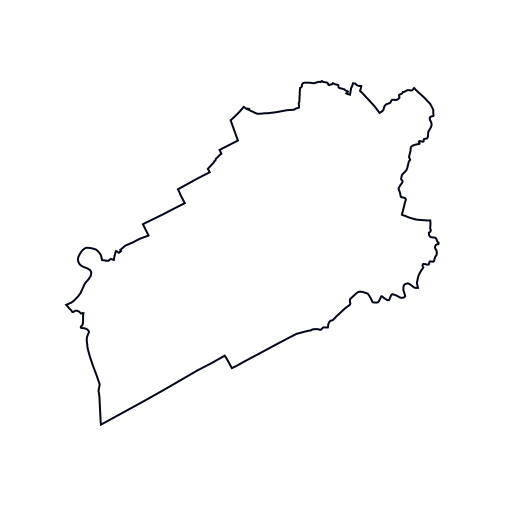 Ben Luc, Long An, Vietnam, rotated 281°
{"feature_id": "81297802B50864428315087", "entity_name": "Ben Luc", "entity_type": "district", "adm_level": 2, "iso_a3": "VNM", "parent_name": "Vietnam", "parent_adm1": "Long An", "projection": "orthographic", "projection_center": [106.476, 10.694], "detail": "fine", "context": "isolated", "style": "outline", "palette": "ink", "viewbox_px": 512, "rotation_deg": 281, "n_neighbors": 0, "source": "geoboundaries", "source_scale": "gbopen_adm2", "svg_char_len": 6096}
<svg xmlns="http://www.w3.org/2000/svg" viewBox="0 0 512 512"><g transform="rotate(281 256 256)"><path d="M304.5,168.3L301.7,170.1L294.3,176.0L285.1,164.2L279.7,157.5L268.1,142.1L265.6,138.9L255.6,146.6L250.5,138.3L246.0,132.7L241.1,125.6L236.0,121.6L235.2,122.6L233.0,120.8L234.2,117.7L232.5,117.3L227.5,117.1L225.0,117.2L225.3,114.3L225.1,113.6L223.1,112.0L222.9,110.5L222.6,105.7L226.0,104.2L227.3,103.5L228.7,102.2L230.8,99.5L231.9,97.3L232.2,93.4L232.2,91.9L232.0,90.0L231.7,87.9L231.2,87.0L230.5,86.3L229.1,85.0L226.8,83.6L222.9,82.2L220.8,81.8L218.8,81.8L217.5,82.2L215.9,83.0L214.3,84.4L213.2,86.1L212.3,89.0L211.8,92.2L211.3,93.9L210.7,95.4L209.3,97.0L208.6,97.3L207.5,97.6L205.8,97.6L204.4,97.4L201.3,96.1L197.2,93.7L195.5,93.0L190.0,91.8L185.8,90.7L182.5,89.1L177.8,86.1L175.2,83.9L171.8,79.0L170.0,81.4L168.8,82.8L167.4,85.0L166.1,86.2L166.0,86.5L165.9,87.0L166.1,87.3L167.6,88.8L167.9,89.3L168.0,89.8L168.0,91.4L167.8,92.5L167.6,93.0L166.9,94.0L166.2,95.3L166.4,95.8L166.8,96.6L167.0,97.5L163.5,97.7L162.2,98.1L159.4,98.6L156.3,98.9L155.2,98.8L154.5,98.5L153.6,97.8L152.9,97.5L152.6,97.6L152.1,98.0L152.0,98.7L152.2,99.7L152.3,101.3L152.2,102.8L151.9,103.7L151.1,105.4L150.5,106.0L150.1,106.4L149.3,106.5L145.2,105.7L144.1,105.6L141.9,105.7L138.7,106.6L133.1,108.4L126.0,111.9L117.8,116.5L107.6,122.8L100.0,127.1L93.8,127.1L88.2,129.1L63.0,135.3L60.9,136.0L92.8,174.4L107.7,191.9L132.3,220.1L142.7,233.2L152.2,244.3L149.5,246.9L141.3,253.7L143.8,257.1L149.9,264.3L163.0,280.5L173.7,293.5L177.1,297.8L180.7,302.2L187.4,310.8L188.8,313.8L191.0,318.2L192.8,322.2L193.5,324.1L194.5,325.2L195.1,326.5L195.4,327.6L195.8,329.7L196.0,331.3L195.7,332.7L195.8,333.3L196.2,333.8L197.4,334.8L198.4,335.3L198.8,335.9L199.3,339.0L199.5,340.1L200.5,340.2L202.1,340.0L203.8,340.1L205.2,340.6L206.6,341.4L207.4,343.2L208.9,344.5L212.3,346.6L221.7,353.5L225.9,357.4L227.1,357.7L227.5,357.6L229.2,356.9L230.5,356.6L231.6,356.6L237.0,360.5L239.6,362.5L240.7,364.4L240.9,365.3L241.0,367.0L241.0,367.9L240.5,372.3L240.1,373.3L238.2,375.1L236.8,376.4L232.9,379.3L232.8,379.8L233.0,381.4L233.4,383.7L233.9,384.6L234.5,385.0L235.1,385.3L239.9,386.5L240.4,386.8L240.4,387.1L240.3,387.8L239.5,388.9L237.8,393.2L237.8,394.1L237.9,394.6L238.3,395.0L239.1,395.3L241.8,395.8L243.4,396.2L244.1,396.6L244.4,397.0L244.4,399.6L243.9,401.6L242.7,405.4L242.7,406.9L242.9,407.8L243.6,409.2L244.2,409.7L245.1,410.1L247.9,408.7L250.6,407.2L253.2,406.7L255.0,406.7L255.8,407.0L256.5,407.4L257.5,408.8L258.0,410.0L258.1,411.0L257.2,413.4L255.3,417.0L255.1,418.5L255.6,421.1L260.1,419.1L262.8,419.1L266.0,419.1L268.3,419.4L270.8,420.1L273.4,421.0L276.5,422.5L277.8,421.5L278.5,421.3L279.8,421.4L280.2,421.9L280.3,423.5L280.2,425.5L280.4,426.6L280.6,427.1L281.4,427.4L283.4,427.4L283.9,427.7L284.2,430.8L284.5,431.5L285.2,431.8L286.9,431.8L288.8,432.0L291.6,433.0L293.4,433.0L295.6,432.2L297.7,430.5L298.5,430.1L299.8,430.1L300.8,430.3L301.5,430.8L302.2,431.9L302.4,432.7L302.9,432.9L304.0,432.6L304.7,431.3L307.4,429.6L308.0,428.8L308.2,428.3L307.9,425.5L307.9,424.1L308.2,423.2L309.0,422.3L310.7,421.5L311.9,421.3L312.9,422.3L313.7,422.6L314.7,422.7L315.4,422.2L316.9,421.6L321.2,421.1L324.2,420.2L323.7,418.3L322.7,410.1L322.3,406.1L323.0,398.7L323.7,395.5L324.2,391.7L324.4,391.3L328.4,391.6L337.2,392.0L339.0,392.3L340.3,392.2L340.8,391.9L341.1,391.5L341.3,391.0L341.6,389.2L341.4,388.3L341.4,387.3L342.0,386.8L345.7,385.2L348.6,383.4L349.8,383.1L350.9,383.4L353.1,384.2L356.1,385.6L357.5,385.6L358.0,385.2L358.8,384.0L359.2,383.8L361.4,383.7L363.2,383.8L364.0,384.1L366.1,385.4L367.1,386.3L369.1,387.3L371.4,387.7L377.4,388.0L378.4,388.2L379.8,389.0L380.3,388.8L381.2,388.0L382.0,387.5L382.8,387.3L388.6,387.6L390.6,387.4L392.3,387.3L393.1,387.7L394.1,388.6L395.2,390.2L396.3,392.5L397.0,394.7L397.5,395.2L397.8,395.1L399.0,394.0L399.4,394.0L399.7,394.2L400.0,394.7L400.1,395.4L400.0,398.0L400.2,398.4L400.5,398.6L401.4,398.6L402.2,398.5L402.8,398.6L404.2,401.6L404.5,401.7L405.7,401.9L406.5,401.9L409.9,401.5L411.0,401.5L415.4,403.0L416.7,403.3L418.6,403.3L420.1,402.7L421.6,401.8L422.9,400.8L424.1,400.3L425.0,400.2L425.6,400.5L426.2,401.0L427.2,403.2L427.5,403.4L427.9,403.5L430.6,402.6L433.1,402.2L433.9,401.7L438.7,397.9L440.3,395.4L443.3,391.4L449.4,381.4L451.1,379.2L448.6,377.8L448.1,377.1L448.0,376.7L448.0,374.8L447.8,373.3L447.3,372.4L446.3,371.3L445.2,369.9L444.9,368.8L443.6,368.5L443.0,367.8L441.6,365.8L441.1,365.8L439.1,366.5L438.4,366.5L436.9,365.3L436.1,364.3L435.8,363.6L435.5,360.6L435.3,360.1L434.9,359.5L433.9,359.0L432.4,358.7L431.6,358.1L431.0,356.9L429.9,355.1L428.1,353.7L425.9,353.3L423.8,353.2L423.1,352.9L421.9,352.0L420.0,350.0L425.6,343.8L436.7,328.7L437.4,327.3L437.7,326.8L438.0,326.6L440.0,326.9L442.9,326.9L442.6,324.5L442.8,322.9L443.2,321.9L443.6,321.3L444.2,320.8L444.0,318.3L441.5,318.0L438.7,317.3L436.8,317.4L432.3,317.5L432.4,315.1L432.9,313.6L434.2,314.7L435.0,314.8L435.7,312.1L436.3,311.2L436.5,310.6L436.5,309.5L436.7,308.6L436.7,307.2L436.9,305.6L437.1,305.0L437.6,304.7L438.9,304.4L439.6,303.9L439.6,301.8L439.8,300.1L440.3,298.9L440.3,298.4L440.1,298.2L439.4,298.0L439.0,297.7L438.5,296.2L437.8,295.6L437.8,295.2L437.9,294.5L438.3,294.1L439.1,293.7L439.7,292.8L439.8,290.8L439.6,288.9L440.1,287.9L440.3,287.3L440.2,287.0L439.2,286.5L439.0,286.0L439.0,284.8L438.8,283.9L437.5,281.7L436.7,279.9L436.5,279.1L436.5,277.1L436.3,275.5L435.9,273.6L435.8,272.5L435.3,270.2L434.5,269.1L434.1,268.8L433.3,268.5L432.5,268.5L431.6,268.7L431.0,268.6L430.1,268.1L429.4,267.2L427.1,267.5L424.8,267.7L422.7,268.2L420.9,268.3L416.3,269.1L415.2,269.0L414.3,268.8L413.8,268.8L411.7,269.6L410.7,269.8L410.0,269.8L409.6,269.7L408.9,267.9L408.0,266.5L407.0,265.8L404.9,258.2L401.2,248.9L398.5,240.7L397.7,237.1L396.6,233.6L396.0,230.9L395.9,229.9L396.1,228.8L398.3,220.2L399.1,220.7L399.1,219.5L398.6,218.6L400.0,215.5L394.0,212.0L388.9,208.6L384.4,205.2L365.9,216.2L353.2,200.0L349.7,202.5L348.0,200.9L346.9,200.3L343.6,198.0L341.9,197.9L341.3,197.1L339.7,196.7L332.4,192.1L329.4,194.6L321.1,184.0L307.5,167.7L306.6,166.6L304.5,168.3Z" fill="none" stroke="#020617" stroke-width="2"/></g></svg>